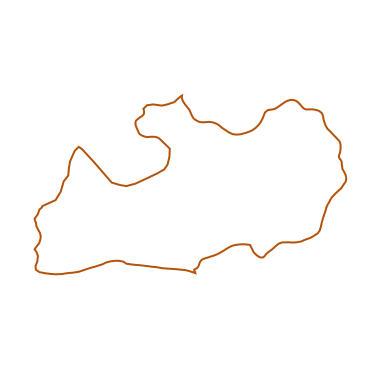 outline of Kapho, Pattani, Thailand, rotated 283°
{"feature_id": "78962969B23188971822264", "entity_name": "Kapho", "entity_type": "district", "adm_level": 2, "iso_a3": "THA", "parent_name": "Thailand", "parent_adm1": "Pattani", "projection": "natural_earth1", "projection_center": [101.548, 6.613], "detail": "fine", "context": "isolated", "style": "outline", "palette": "amber", "viewbox_px": 384, "rotation_deg": 283, "n_neighbors": 0, "source": "geoboundaries", "source_scale": "gbopen_adm2", "svg_char_len": 4164}
<svg xmlns="http://www.w3.org/2000/svg" viewBox="0 0 384 384"><g transform="rotate(283 192 192)"><path d="M283.7,160.5L283.3,160.0L282.3,159.3L281.8,158.9L279.9,157.4L279.2,156.8L277.7,155.9L276.9,155.4L276.0,154.8L275.9,154.8L275.7,154.5L275.3,154.1L274.0,151.8L273.1,150.3L272.5,149.6L272.2,149.0L271.4,147.5L269.4,143.2L268.6,134.4L266.4,128.7L262.4,126.1L262.2,125.9L260.8,126.7L259.7,127.2L259.4,127.3L258.8,127.4L258.4,127.4L258.0,127.5L257.6,127.5L257.0,127.4L256.7,127.3L256.4,127.2L255.9,127.0L255.3,126.6L255.0,126.4L254.6,126.1L254.0,125.5L253.6,125.1L251.7,123.4L250.5,122.5L250.0,122.1L249.6,121.8L249.0,121.5L248.6,121.4L248.2,121.3L247.9,121.3L247.3,121.3L246.9,121.3L246.2,121.5L245.4,121.7L244.9,121.9L244.5,122.1L243.6,122.6L243.4,122.8L242.2,123.5L240.3,124.9L238.9,126.0L238.4,126.3L237.3,127.2L236.9,127.6L236.7,128.0L236.5,128.3L236.3,128.8L236.0,129.8L235.8,130.5L235.7,130.8L235.5,132.0L235.3,134.1L235.3,134.5L235.3,135.5L235.4,136.1L235.5,136.4L235.7,137.1L236.1,138.1L236.3,138.6L236.6,139.7L236.9,141.1L237.1,142.1L237.4,143.4L237.4,144.3L237.4,145.4L237.3,145.8L237.2,146.6L237.1,146.8L236.8,147.8L236.5,148.5L236.2,149.0L234.9,151.3L234.7,151.5L233.6,153.3L232.7,154.9L229.2,160.6L221.2,162.1L213.2,162.0L207.8,159.9L202.5,154.2L195.0,144.8L187.4,135.0L183.0,126.7L182.6,120.5L183.1,111.7L199.2,89.6L209.1,75.1L210.5,71.5L209.3,70.7L205.6,68.4L194.4,66.3L187.3,66.7L180.2,67.7L173.5,64.6L162.8,64.0L153.4,60.9L149.0,55.1L144.6,49.4L143.1,49.2L140.6,47.3L135.7,46.8L130.5,44.6L128.4,45.6L127.1,46.9L123.8,48.0L120.9,50.4L117.7,53.2L114.5,54.7L111.0,54.9L107.7,54.6L100.9,51.5L98.6,53.9L95.0,56.3L89.3,56.9L84.6,56.2L81.1,57.4L79.6,61.5L79.8,66.8L79.9,68.0L80.3,71.9L81.1,77.5L82.8,83.7L84.5,87.8L87.0,95.2L88.9,99.8L90.7,102.8L93.1,106.6L95.4,110.4L97.2,113.9L101.4,121.0L103.7,123.8L105.9,127.7L107.7,132.6L108.5,136.2L108.7,140.6L107.4,144.1L107.7,148.5L108.2,152.6L109.0,158.3L109.8,165.6L110.2,170.2L110.8,174.0L111.0,179.7L111.7,184.4L112.5,189.4L113.1,193.0L113.7,197.7L114.3,202.0L114.4,206.5L113.7,213.5L114.4,213.1L115.4,212.4L115.5,212.3L116.3,211.6L116.7,211.6L117.0,211.8L117.7,212.5L118.5,213.4L119.1,214.1L119.6,214.4L120.3,214.7L121.0,214.9L121.8,215.1L123.0,215.2L124.6,215.4L125.4,215.5L125.9,215.7L126.3,215.8L127.3,216.3L127.8,216.6L128.8,217.5L129.5,218.4L130.6,220.1L131.3,221.5L131.5,221.8L134.0,225.9L134.2,226.4L136.7,230.2L137.3,230.9L138.7,232.6L142.6,236.7L143.5,237.5L144.7,238.7L147.5,241.8L147.9,242.3L148.1,242.6L148.8,243.5L149.0,244.0L150.1,246.1L150.3,246.8L150.6,247.5L151.4,249.6L151.9,251.1L152.5,253.1L152.8,254.5L152.9,255.4L153.2,257.8L153.4,259.9L153.5,260.5L152.3,261.4L149.6,263.7L147.1,265.7L144.9,269.3L143.7,272.5L143.7,274.2L144.3,275.9L145.4,276.9L147.9,278.1L150.5,279.8L153.7,282.6L159.7,286.9L161.4,288.4L163.1,291.1L163.9,294.1L164.9,298.4L165.5,301.8L166.6,305.6L168.3,309.4L170.8,312.7L174.0,317.8L177.2,321.1L180.0,323.8L183.1,325.1L187.0,325.4L190.5,325.3L195.5,325.5L199.6,325.9L202.4,326.2L206.8,326.4L209.8,326.9L213.7,328.1L217.7,329.2L221.1,331.1L225.5,333.9L229.3,336.6L232.9,337.9L236.7,339.4L239.8,339.3L242.9,338.0L245.7,335.8L248.3,333.4L252.0,332.0L254.9,331.1L256.6,329.9L257.6,328.5L259.0,327.3L260.5,327.0L263.7,327.4L267.1,327.1L271.6,326.1L274.5,324.4L277.1,320.7L279.7,316.6L281.9,313.4L284.2,309.6L287.1,307.0L291.2,304.4L295.3,302.6L296.7,301.8L297.9,300.9L298.4,300.0L299.1,298.7L299.6,297.5L299.8,295.6L299.9,293.5L299.5,290.2L299.0,288.1L298.3,285.7L298.1,284.5L298.3,282.9L298.6,282.0L299.7,280.2L301.4,278.0L303.4,274.9L303.9,273.7L304.1,273.3L304.4,271.2L304.4,269.8L303.9,267.3L303.1,266.0L302.7,265.1L301.0,262.8L298.8,260.8L296.8,259.0L294.2,256.7L291.5,254.0L290.1,250.6L288.8,247.4L285.9,245.2L282.4,244.7L279.3,244.2L275.1,243.1L272.0,241.6L268.5,239.4L265.6,236.7L263.3,233.7L261.4,230.5L259.0,226.0L257.9,222.3L257.5,218.7L258.3,214.9L259.7,211.0L261.1,207.2L263.0,203.5L264.0,200.8L264.5,196.7L264.2,193.0L263.0,189.2L262.1,186.0L262.0,182.9L263.0,179.2L264.2,176.8L266.6,174.5L269.3,172.6L271.7,170.7L274.0,167.8L275.9,165.4L277.2,164.0L278.9,162.4L280.9,161.2L282.9,160.5L283.7,160.5Z" fill="none" stroke="#b45309" stroke-width="2"/></g></svg>